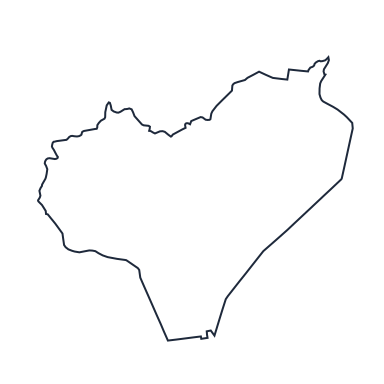 the border of Iraq, rotated 277°
{"feature_id": "IRQ", "entity_name": "Iraq", "entity_type": "country or territory", "adm_level": 0, "iso_a3": "IRQ", "parent_name": "Asia", "parent_adm1": "", "projection": "robinson", "projection_center": [44.579, 33.218], "detail": "fine", "context": "isolated", "style": "outline", "palette": "slate", "viewbox_px": 384, "rotation_deg": 277, "n_neighbors": 0, "source": "natural_earth", "source_scale": "50m", "svg_char_len": 2863}
<svg xmlns="http://www.w3.org/2000/svg" viewBox="0 0 384 384"><g transform="rotate(277 192 192)"><path d="M152.4,49.8L155.4,49.1L160.8,44.7L164.0,40.6L165.0,40.2L167.9,41.6L169.9,42.0L174.6,40.4L177.4,41.2L179.7,42.3L181.1,42.3L187.3,44.9L188.9,45.2L192.2,45.5L197.0,45.6L200.1,44.0L202.3,42.4L203.9,42.4L205.4,42.8L206.7,43.5L207.7,44.7L208.2,46.4L208.0,51.9L208.5,53.4L209.3,54.4L210.4,54.6L211.7,53.4L214.1,51.7L216.9,49.8L219.0,48.0L220.2,47.4L222.1,47.5L224.0,47.8L225.0,48.6L225.0,48.9L226.0,51.5L228.5,61.1L229.9,62.3L231.6,63.4L232.7,64.8L233.1,66.2L233.0,68.5L233.1,71.1L233.7,73.1L234.7,74.6L235.5,75.3L236.8,75.4L238.4,75.8L239.4,77.3L242.8,88.3L243.1,89.7L244.5,90.1L246.8,89.9L249.2,91.1L251.7,92.9L254.1,96.2L255.7,96.7L260.7,96.2L267.6,96.8L270.8,98.5L270.5,99.6L268.0,100.8L263.7,102.2L262.4,104.5L261.7,107.6L261.8,109.3L262.9,111.2L266.0,115.0L266.2,116.3L266.7,118.2L267.3,119.5L266.7,122.0L263.9,123.8L260.3,125.7L252.9,134.1L252.3,135.9L252.4,140.9L251.7,142.3L249.3,142.3L247.5,142.0L247.4,143.7L246.3,146.1L245.6,148.1L248.3,152.8L248.8,155.4L248.4,157.7L245.9,161.6L244.4,164.3L244.8,164.9L246.7,166.0L252.9,174.7L254.9,177.8L257.5,177.0L258.4,177.0L259.2,177.5L259.7,178.6L259.7,179.9L259.0,181.8L262.3,182.6L263.5,184.6L267.4,191.4L267.3,193.4L265.4,196.7L265.4,198.8L265.8,200.7L266.5,201.4L272.1,201.6L274.6,202.4L280.5,205.9L287.3,211.2L292.8,215.6L297.5,219.3L302.6,219.1L303.9,219.7L305.2,220.9L306.7,224.0L309.6,230.9L312.1,233.2L315.9,238.7L319.6,243.9L317.3,251.0L315.1,258.3L315.1,267.8L315.2,272.9L320.0,273.1L325.4,273.3L325.5,279.4L325.6,285.5L325.8,292.5L327.3,292.8L329.9,294.3L331.0,296.5L332.4,297.8L334.0,298.0L335.6,299.1L337.2,301.1L337.8,302.6L337.4,303.7L337.8,305.5L338.9,308.1L340.3,309.4L342.4,310.9L339.6,311.8L336.5,311.1L329.9,308.0L327.7,307.9L324.9,309.1L324.8,310.1L317.8,306.7L315.3,306.0L314.4,306.0L310.4,306.0L304.7,306.6L301.4,308.0L299.1,309.5L298.0,310.9L297.6,311.7L295.9,316.0L293.8,321.5L291.6,326.4L287.4,333.4L285.1,336.6L280.1,342.6L274.7,343.8L262.0,342.6L248.0,341.3L234.0,340.0L223.7,339.0L222.9,338.7L212.6,330.2L204.5,323.4L194.4,315.0L184.1,306.4L173.7,297.7L166.1,291.4L156.9,283.3L148.6,275.9L142.0,270.0L133.6,264.9L127.0,260.9L117.4,255.1L109.8,250.4L103.2,246.4L93.1,240.3L89.8,238.6L79.3,236.6L69.3,234.8L59.0,233.0L52.2,231.8L56.8,227.5L55.5,223.6L52.2,224.3L49.1,225.2L47.4,219.1L49.7,218.4L47.7,210.4L45.6,202.2L43.6,194.3L41.6,186.2L50.3,181.0L56.9,177.2L66.0,171.7L74.8,166.5L83.2,161.5L92.4,156.0L100.7,151.1L108.2,149.1L109.8,147.6L113.3,140.9L116.3,135.1L116.4,133.8L116.5,125.7L117.1,116.2L118.2,111.1L119.9,106.6L121.5,103.3L121.7,100.3L121.5,97.2L120.0,92.5L118.4,87.6L118.6,82.8L119.0,80.3L120.0,76.3L121.8,73.3L123.8,71.5L130.8,69.6L135.0,68.5L140.7,63.2L144.0,60.1L148.7,55.2L152.2,51.6L152.4,50.3L152.4,49.8Z" fill="none" stroke="#1e293b" stroke-width="2"/></g></svg>